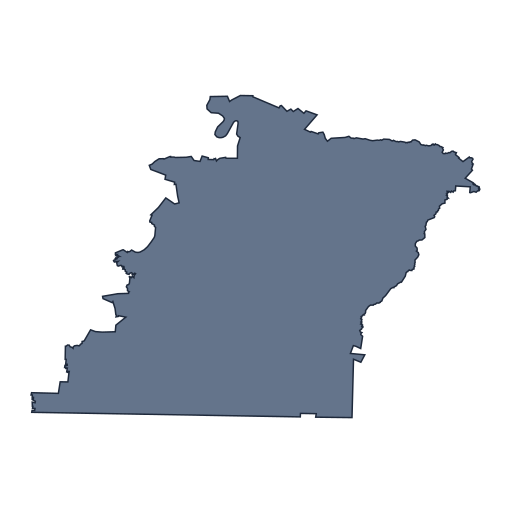 Balancán, Tabasco, Mexico (Equal Earth projection), rotated 91°
{"feature_id": "50627088B87279423420052", "entity_name": "Balancán", "entity_type": "district", "adm_level": 2, "iso_a3": "MEX", "parent_name": "Mexico", "parent_adm1": "Tabasco", "projection": "equal_earth", "projection_center": [-91.389, 17.796], "detail": "fine", "context": "isolated", "style": "filled", "palette": "slate", "viewbox_px": 512, "rotation_deg": 91, "n_neighbors": 0, "source": "geoboundaries", "source_scale": "gbopen_adm2", "svg_char_len": 6020}
<svg xmlns="http://www.w3.org/2000/svg" viewBox="0 0 512 512"><g transform="rotate(91 256 256)"><path d="M113.8,197.4L110.0,208.5L112.5,210.6L107.8,216.6L110.9,221.3L108.5,223.7L110.8,227.6L105.1,233.2L105.4,234.4L107.5,235.6L96.9,261.9L95.8,261.9L95.8,274.4L100.3,282.8L102.0,285.1L96.8,287.4L97.4,304.5L100.4,304.8L106.2,307.8L109.8,307.5L113.5,303.3L113.9,296.0L116.5,291.8L119.0,290.0L120.8,290.3L122.2,291.2L127.6,296.6L132.6,298.9L135.3,299.2L137.6,297.2L138.3,295.0L138.3,293.1L137.9,291.2L136.4,288.5L134.3,286.9L122.6,280.7L121.2,279.0L121.1,277.7L121.7,276.5L123.5,276.2L134.4,277.5L136.5,276.2L137.9,273.9L146.3,276.4L158.6,276.3L158.8,286.9L158.5,288.0L157.9,288.1L159.0,294.0L160.3,295.9L161.7,297.2L159.3,298.1L159.7,298.5L159.4,299.6L160.4,300.0L160.3,305.5L158.6,305.4L157.0,311.6L162.4,313.6L161.6,319.6L157.6,322.5L158.5,327.5L158.9,338.5L158.5,339.6L158.6,343.0L158.0,343.1L158.1,343.9L160.7,349.7L160.3,350.1L160.5,354.6L163.3,358.8L165.9,361.4L167.2,364.3L171.3,362.7L176.7,347.7L180.9,348.3L183.6,338.6L185.9,338.9L185.7,337.3L197.5,335.4L204.2,333.8L205.4,338.3L199.5,347.2L209.2,354.4L216.7,361.9L217.1,360.7L222.8,362.9L224.0,362.6L224.2,360.9L225.4,360.8L226.8,358.1L228.1,358.1L229.2,356.9L237.3,357.5L239.1,358.0L243.4,360.8L248.6,364.6L251.8,368.0L254.1,372.0L254.5,374.0L254.3,376.6L252.2,380.5L253.7,382.2L254.1,383.6L253.7,384.3L254.7,384.8L252.1,388.8L252.2,389.5L255.3,396.6L256.8,396.6L256.9,395.5L257.9,396.1L257.9,395.4L257.4,394.7L258.3,394.9L257.9,394.1L258.7,392.7L258.7,393.3L259.5,393.5L259.3,394.7L259.6,394.2L260.6,394.8L260.1,396.0L260.5,396.3L261.3,395.7L261.3,396.7L262.3,396.5L262.5,397.8L263.2,398.4L264.5,397.5L263.8,393.8L265.1,395.2L268.0,394.5L268.5,393.6L267.7,391.0L267.8,390.4L269.0,389.8L268.6,389.2L268.8,387.9L270.0,387.7L270.1,388.8L271.4,389.0L271.2,387.0L271.6,387.6L272.0,386.5L273.5,386.5L274.4,384.9L275.5,385.5L276.2,384.5L276.6,382.6L275.8,382.3L274.8,380.5L275.5,379.3L276.4,379.6L276.9,379.1L276.7,378.4L275.3,376.9L275.8,376.1L277.6,377.5L279.8,377.7L278.4,379.4L279.8,380.1L278.8,381.9L279.1,382.3L280.1,381.7L285.4,382.1L286.7,382.8L287.3,384.4L289.1,385.1L290.7,383.9L292.9,383.9L294.0,382.1L294.6,382.8L295.6,382.8L296.1,393.4L299.0,408.7L301.3,408.2L305.0,399.3L305.1,398.9L304.1,398.3L311.0,396.0L317.2,395.1L317.7,394.4L319.3,394.9L318.8,392.5L318.1,392.4L319.4,385.1L327.6,394.9L334.2,395.4L334.8,408.4L334.4,415.2L332.7,420.1L343.5,426.1L344.1,426.7L344.5,428.4L346.5,428.4L347.3,430.0L348.5,430.7L348.9,431.3L348.5,433.3L349.0,436.0L350.1,437.1L351.5,437.3L350.5,438.5L350.0,440.3L348.4,441.2L348.3,442.9L349.4,444.1L349.5,445.0L362.7,445.0L362.7,444.0L367.6,444.4L367.5,442.9L368.6,442.8L368.7,445.1L370.8,445.4L370.7,444.2L371.7,444.2L371.4,442.7L374.7,443.2L374.7,440.7L375.6,440.9L375.8,441.5L375.9,441.0L385.2,441.9L385.2,449.6L396.8,451.2L396.6,478.0L398.9,478.5L398.9,477.2L400.9,477.3L401.2,476.0L402.9,476.1L402.4,477.3L403.4,477.3L405.1,474.1L406.6,474.3L406.0,477.2L410.2,477.0L410.2,476.5L412.2,476.8L412.3,474.3L414.3,474.6L414.3,477.2L416.2,477.5L416.1,208.9L412.6,208.8L412.6,193.0L416.1,193.5L415.9,157.2L357.5,156.7L360.4,149.3L352.9,145.5L351.8,159.9L343.9,157.1L344.5,154.6L346.7,149.7L334.4,148.0L332.7,149.9L331.8,149.8L330.7,148.8L330.2,150.3L328.6,151.0L327.3,149.2L326.5,149.2L325.5,147.9L324.5,147.9L324.4,149.0L323.0,148.4L322.2,150.1L321.1,149.0L320.2,150.0L319.5,149.1L317.8,149.5L317.4,149.1L316.8,150.2L315.5,149.4L314.6,149.8L314.0,148.5L313.0,147.9L313.0,147.1L312.6,147.4L311.8,146.0L310.2,145.4L308.7,145.5L304.6,142.7L303.1,140.7L303.1,137.9L302.5,137.6L302.0,135.6L300.9,134.5L300.9,132.3L300.1,130.9L299.6,130.9L298.8,129.4L295.9,128.4L293.3,125.7L286.3,120.7L285.1,118.6L285.3,117.6L284.5,117.3L283.2,115.0L281.4,114.0L279.4,110.5L279.6,110.1L273.6,106.4L270.0,105.6L269.0,104.5L269.0,104.0L267.8,103.3L267.3,102.5L267.7,102.1L267.8,99.9L266.7,99.5L266.2,97.8L264.6,97.9L263.6,97.1L263.1,97.5L261.4,97.0L260.5,97.3L259.9,96.8L257.3,97.0L254.3,94.3L251.9,93.2L249.8,93.8L248.3,95.7L247.4,94.9L245.2,95.1L243.3,96.9L240.8,96.9L238.5,95.5L237.9,93.8L237.2,93.1L237.1,90.4L234.6,87.5L231.3,87.6L230.8,88.2L230.4,87.8L228.7,88.1L226.4,86.5L223.3,87.4L222.6,86.7L219.2,86.2L218.7,85.4L217.1,84.8L214.5,78.5L213.6,78.0L212.2,78.7L210.7,76.9L208.9,76.6L208.7,75.3L207.6,75.1L207.1,74.4L205.8,74.3L205.1,73.2L203.0,73.5L200.5,70.7L199.8,68.0L196.7,68.1L196.0,65.9L194.5,65.9L194.7,64.9L193.3,65.9L192.3,65.7L192.0,66.5L191.4,65.9L190.6,66.6L190.1,65.8L189.3,65.9L189.6,65.4L189.2,65.1L188.0,65.9L188.0,64.7L189.0,64.7L188.2,63.5L189.0,62.4L187.7,61.7L188.7,60.0L187.5,59.5L187.3,57.8L182.5,57.5L183.1,43.0L188.8,43.4L189.0,42.7L187.7,39.3L188.4,37.0L187.2,35.8L186.8,34.0L185.6,33.5L185.6,34.4L184.9,34.1L184.2,34.8L183.8,34.6L183.9,33.9L182.8,34.2L182.5,35.7L182.0,36.2L182.2,36.9L180.8,38.0L181.1,38.3L180.8,38.5L180.9,39.7L180.2,40.3L179.7,39.4L179.0,40.1L174.6,48.2L166.5,41.1L165.3,42.1L161.3,40.8L160.7,41.3L160.2,40.5L158.9,41.7L157.7,42.0L155.4,40.7L154.5,41.2L154.0,42.6L154.1,44.0L153.3,44.5L158.0,50.7L154.6,55.1L154.0,54.7L151.2,58.3L149.2,57.5L149.3,58.5L148.6,58.9L148.5,59.9L147.7,60.7L147.9,62.2L149.4,64.0L149.2,65.0L150.1,66.7L149.8,68.4L150.4,68.8L150.3,70.6L149.0,71.7L146.7,70.5L144.9,71.5L144.3,71.0L143.3,73.1L143.4,73.9L142.4,74.8L141.5,76.5L141.4,78.0L140.8,78.6L141.6,79.3L141.1,80.5L141.8,80.3L141.4,82.0L142.4,82.8L142.9,85.1L142.3,87.7L142.7,88.6L142.0,90.3L142.3,90.7L141.7,93.1L139.1,94.8L137.1,98.9L137.4,101.5L139.2,103.0L139.1,103.9L139.7,104.4L139.5,105.9L140.1,106.4L139.9,107.6L140.2,108.2L139.6,109.0L138.9,113.6L139.5,115.6L139.0,116.5L139.2,117.9L137.9,120.6L138.5,121.3L138.4,122.3L137.1,124.6L136.9,130.4L138.1,132.4L137.6,133.2L138.2,135.0L138.0,136.7L138.7,141.4L138.3,144.0L136.8,148.9L137.2,151.0L136.1,157.7L136.9,160.1L136.5,160.6L136.5,162.9L134.7,165.2L135.9,169.0L137.0,182.9L140.0,186.6L137.1,188.8L133.4,189.9L131.0,191.3L131.7,195.4L132.8,196.0L130.5,203.1L131.2,203.7L128.5,209.7L113.8,197.4Z" fill="#64748b" stroke="#1e293b" stroke-width="1.5"/></g></svg>